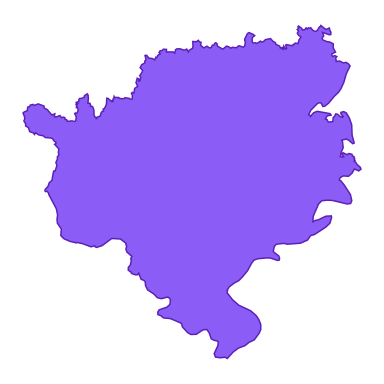 outline of Kishoreganj, Dhaka, Bangladesh
{"feature_id": "16705992B82604838368079", "entity_name": "Kishoreganj", "entity_type": "district", "adm_level": 2, "iso_a3": "BGD", "parent_name": "Bangladesh", "parent_adm1": "Dhaka", "projection": "mercator", "projection_center": [90.932, 24.337], "detail": "fine", "context": "isolated", "style": "filled", "palette": "violet", "viewbox_px": 384, "rotation_deg": 0, "n_neighbors": 0, "source": "geoboundaries", "source_scale": "gbopen_adm2", "svg_char_len": 5827}
<svg xmlns="http://www.w3.org/2000/svg" viewBox="0 0 384 384"><path d="M314.5,234.5L325.7,227.2L329.9,223.2L331.6,217.5L331.3,215.9L325.9,216.2L317.8,220.0L315.2,220.4L313.5,221.7L312.8,221.7L313.3,216.1L318.5,204.1L321.7,200.8L326.9,200.2L332.2,200.4L347.3,204.0L350.6,203.5L351.8,200.7L350.4,194.5L344.0,184.7L340.7,180.7L339.5,180.3L339.6,178.7L340.5,177.4L343.4,175.9L348.5,176.3L352.1,173.1L354.4,169.0L358.8,170.9L361.0,169.1L360.3,167.3L356.7,164.1L355.8,162.3L354.1,161.3L355.0,160.4L354.3,159.6L354.7,158.4L353.9,157.9L354.1,156.8L352.4,155.7L351.9,154.2L348.8,153.5L347.0,154.7L343.0,152.7L342.0,154.0L343.7,156.7L341.2,157.0L340.2,156.4L341.3,153.7L340.9,152.8L343.2,147.7L342.5,141.8L341.8,140.2L346.3,139.0L348.8,140.3L352.8,143.7L354.2,143.0L352.1,135.2L351.7,124.8L349.4,118.1L346.3,112.9L343.7,111.6L340.9,112.4L340.8,113.6L343.2,116.7L342.7,117.3L340.4,116.6L337.3,114.1L335.7,113.9L334.6,116.3L333.2,117.5L332.8,121.6L328.7,122.1L328.0,121.7L327.1,119.6L325.4,119.0L327.3,115.7L331.0,115.3L331.0,114.7L329.9,113.6L317.2,111.3L313.6,112.8L310.5,116.3L310.3,115.6L308.6,114.8L310.9,110.1L317.8,103.2L320.3,102.7L321.3,103.4L322.9,106.5L324.8,106.2L328.8,103.0L334.3,96.3L338.7,92.1L341.0,88.6L343.9,82.2L346.3,73.8L350.1,66.0L348.3,63.7L345.8,62.3L343.6,63.0L339.6,61.0L336.3,61.5L335.7,57.9L336.8,56.6L334.8,55.6L332.7,56.5L331.7,55.0L332.1,53.8L335.5,52.1L333.2,47.9L333.3,43.8L329.5,41.9L326.9,41.6L322.8,39.9L322.1,38.2L323.7,35.9L322.5,32.4L329.3,34.8L330.8,34.5L330.9,32.0L330.3,31.6L329.3,28.0L325.9,29.5L320.9,25.5L320.6,26.4L319.4,26.9L317.6,30.0L316.3,31.2L314.8,31.4L312.7,30.2L310.7,27.7L309.8,28.2L308.3,27.8L307.2,29.1L306.1,27.9L304.7,29.6L302.7,30.1L301.7,28.3L298.5,26.0L297.9,26.9L298.5,28.3L297.2,29.5L298.5,31.0L297.3,33.1L298.4,35.1L301.0,37.1L299.0,39.9L298.1,43.5L295.2,43.1L294.1,44.4L293.3,44.3L292.5,45.7L286.1,44.6L285.7,45.6L286.6,48.3L286.0,49.1L285.0,48.5L283.8,46.2L283.4,49.3L282.2,49.0L282.4,47.5L280.4,48.1L279.7,46.1L275.8,44.3L275.5,42.7L273.1,41.4L270.5,38.6L265.5,39.6L263.1,41.8L261.6,42.0L260.6,41.1L256.8,43.4L255.4,42.8L253.2,43.0L252.3,42.1L252.1,38.4L252.9,37.0L254.7,35.7L253.4,34.5L249.1,32.6L247.5,33.5L244.9,38.6L244.6,40.0L245.4,42.5L244.6,46.0L243.3,47.2L239.3,45.8L238.2,46.1L236.3,47.8L232.3,47.3L230.7,48.2L228.8,46.8L226.5,46.1L222.8,49.2L217.5,46.1L216.9,43.6L215.8,42.7L214.6,43.5L213.9,45.1L212.3,45.2L211.2,47.6L209.5,47.9L206.9,46.2L203.8,47.9L200.6,45.2L201.1,42.3L199.6,42.0L198.3,40.3L196.4,41.7L192.8,41.5L193.0,46.4L192.5,48.3L189.2,50.3L188.3,51.9L186.7,49.1L184.2,50.2L180.1,48.8L177.1,48.8L175.6,49.6L174.8,53.1L173.0,51.9L166.4,52.0L166.5,49.4L163.3,49.2L162.3,50.5L160.1,50.8L159.0,52.7L160.3,53.8L157.7,55.4L156.8,57.6L155.8,57.2L154.8,59.9L152.3,58.5L148.8,58.1L146.9,55.5L145.5,55.2L145.0,55.5L146.0,59.5L144.8,61.1L144.8,62.9L141.7,64.7L140.1,67.7L142.6,70.4L142.0,72.3L139.7,75.7L140.7,77.3L140.0,80.7L138.3,81.6L138.9,80.8L138.8,78.9L137.2,78.2L136.0,82.8L137.7,86.4L134.7,88.4L133.9,92.9L132.2,92.4L131.4,93.4L132.4,95.2L132.2,99.0L130.4,99.3L129.5,98.4L124.9,97.7L123.9,98.7L120.9,98.6L119.4,98.3L118.7,97.5L114.6,97.4L114.1,96.5L113.7,98.8L113.0,99.0L113.0,100.6L112.4,100.7L112.8,101.3L112.0,101.7L108.0,98.4L106.8,98.2L106.4,104.3L104.4,108.7L103.2,109.0L103.5,111.0L102.1,111.5L101.1,112.8L100.2,116.1L96.8,117.3L96.4,119.2L96.0,117.6L94.8,116.7L94.0,114.9L94.0,110.9L93.3,108.1L92.5,106.6L90.6,106.4L90.9,106.0L89.9,103.2L87.9,103.3L88.4,98.6L88.1,95.1L87.2,93.8L84.4,95.8L84.3,97.1L81.9,98.3L79.6,98.5L78.9,99.4L78.8,101.6L76.7,102.2L77.6,103.2L76.6,103.2L77.3,103.9L76.2,104.3L77.0,104.9L76.3,105.9L77.2,106.8L76.5,107.6L77.3,107.8L78.3,109.7L77.0,113.2L75.3,113.0L74.7,113.6L76.3,117.1L75.7,120.9L74.8,121.4L71.5,120.9L67.4,121.4L66.8,119.9L65.1,119.3L65.0,117.9L63.7,117.1L61.5,117.6L59.9,115.5L56.4,116.9L54.3,116.7L54.8,113.8L51.8,115.0L47.3,109.6L44.3,108.1L43.9,106.0L38.2,103.9L34.2,105.4L33.1,104.4L30.2,105.1L29.5,106.7L27.7,107.1L27.3,110.6L24.1,112.0L23.0,113.1L24.4,116.3L24.8,118.8L23.9,121.0L25.7,124.0L25.6,126.0L28.3,127.5L29.8,131.7L33.1,132.8L34.6,134.5L35.5,132.7L38.7,134.9L43.3,135.8L45.2,137.5L50.9,138.0L52.7,138.8L54.1,141.1L55.9,142.1L55.8,143.7L54.6,144.3L58.8,148.9L58.3,152.8L59.0,154.9L57.4,156.7L57.3,159.4L55.9,162.4L56.9,165.6L55.4,170.2L55.1,171.0L53.9,170.9L53.5,171.6L51.9,180.4L49.3,182.6L47.9,186.6L45.3,189.2L44.9,190.9L45.6,191.6L47.3,191.4L48.6,193.3L48.8,194.6L56.3,208.7L57.6,215.0L57.0,219.2L57.4,223.3L61.3,229.0L60.8,235.6L64.0,238.8L70.1,241.4L76.4,242.9L77.1,242.5L82.1,243.5L91.0,246.8L94.7,245.8L95.4,247.0L96.6,247.4L102.0,245.7L111.7,238.5L120.4,239.0L125.0,242.5L126.0,243.4L125.9,244.6L126.7,246.0L125.9,249.1L126.9,252.1L131.9,256.4L130.7,258.7L131.3,260.5L130.4,264.9L128.3,267.4L128.3,270.3L130.7,271.8L131.6,273.5L135.6,274.9L137.7,274.7L138.7,273.1L141.1,279.3L143.4,280.1L145.2,281.6L145.5,285.5L147.6,289.9L153.7,293.9L157.4,297.7L161.5,298.7L167.3,297.1L168.5,297.4L170.3,299.2L170.1,303.8L169.2,305.1L166.8,307.2L159.3,309.7L157.8,312.0L157.9,314.6L161.0,315.8L163.5,317.9L170.4,318.6L180.3,322.8L181.8,324.0L182.1,326.3L182.9,327.5L187.9,332.8L190.9,334.5L196.3,334.3L203.1,329.8L206.8,329.5L209.2,332.9L211.2,338.8L214.1,340.3L217.5,341.1L218.3,342.5L217.8,345.8L214.2,353.6L215.5,357.1L220.4,357.8L225.1,357.2L227.3,358.5L233.2,352.0L238.4,348.1L244.9,345.7L249.0,342.4L254.3,339.8L259.1,333.3L260.8,329.3L260.7,324.3L258.9,319.7L256.1,315.5L250.7,310.8L238.8,305.2L232.5,299.7L227.0,292.6L227.6,290.3L227.2,290.1L229.2,286.9L234.6,282.8L238.6,280.8L242.4,277.0L247.7,270.5L251.6,263.2L254.0,260.1L257.6,258.8L266.6,257.9L270.7,258.1L277.3,260.4L279.1,260.2L279.6,258.7L278.9,256.1L273.6,251.9L273.3,251.1L274.3,246.5L276.4,244.2L283.9,243.4L287.4,244.2L300.5,243.2L307.5,240.1L310.6,235.6L314.5,234.5Z" fill="#8b5cf6" stroke="#5b21b6" stroke-width="1.5"/></svg>